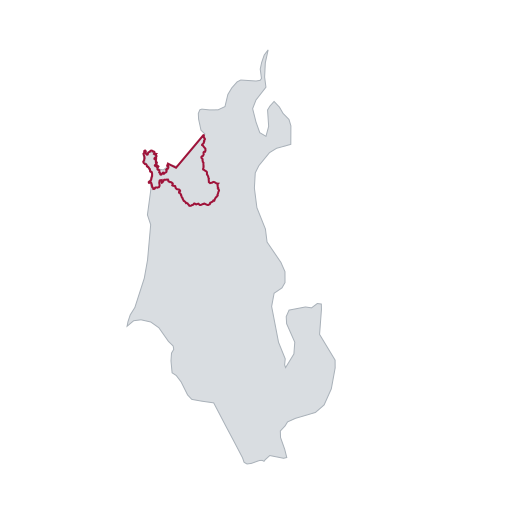 Talamanca, Limón, Costa Rica (highlighted), rotated 220°
{"feature_id": "36466004B17277375937001", "entity_name": "Talamanca", "entity_type": "district", "adm_level": 2, "iso_a3": "CRI", "parent_name": "Costa Rica", "parent_adm1": "Limón", "projection": "natural_earth1", "projection_center": [-83.039, 9.422], "detail": "fine", "context": "in_parent", "style": "outline", "palette": "rose", "viewbox_px": 512, "rotation_deg": 220, "n_neighbors": 0, "source": "geoboundaries", "source_scale": "gbopen_adm2", "svg_char_len": 7627}
<svg xmlns="http://www.w3.org/2000/svg" viewBox="0 0 512 512"><g transform="rotate(220 256 256)"><path d="M408.0,261.7L407.5,263.7L405.9,265.7L403.7,267.8L400.7,269.2L393.4,265.0L386.3,260.1L382.4,262.3L380.9,268.6L378.3,271.9L375.0,273.1L373.7,275.2L373.4,296.5L373.6,316.6L379.0,317.0L388.0,324.0L391.8,328.1L393.0,331.9L391.9,333.7L385.4,338.1L379.0,343.6L375.8,350.5L381.4,361.7L382.6,369.3L382.4,377.2L380.8,381.0L368.4,390.1L365.7,393.3L366.0,395.6L372.9,401.9L376.1,408.0L378.9,415.3L379.2,421.7L373.0,409.9L364.4,398.6L356.9,391.7L356.3,375.5L353.3,366.7L342.1,358.6L332.4,352.9L325.3,354.1L329.6,363.4L341.0,375.3L341.7,379.9L341.5,386.0L333.7,385.1L326.9,382.6L318.5,381.8L312.9,378.1L301.1,363.9L309.5,351.7L312.1,343.8L311.9,327.2L310.0,319.2L300.9,307.0L286.4,293.6L266.1,282.7L256.5,273.8L232.8,267.1L223.7,262.6L216.7,254.3L215.6,248.3L218.2,239.1L211.6,227.4L183.3,204.4L167.5,196.0L164.1,191.0L161.6,189.5L164.0,205.3L170.9,214.9L189.0,223.8L193.9,229.0L195.9,235.8L185.4,248.7L180.1,252.0L178.5,259.0L175.1,261.2L171.5,257.1L156.9,236.8L128.5,227.1L123.4,221.1L112.9,202.6L108.1,185.7L109.9,174.4L121.5,156.9L125.2,149.2L124.5,144.5L124.9,137.6L120.5,132.7L109.8,126.4L102.9,121.4L104.8,118.8L117.2,112.0L118.0,105.9L117.9,103.9L119.9,103.4L121.7,101.8L122.8,100.1L126.2,94.2L129.2,90.9L132.5,90.3L136.7,92.8L152.2,99.2L169.5,106.2L194.0,116.3L204.3,109.9L213.0,104.9L219.1,105.6L232.4,111.4L240.3,113.2L245.2,112.6L253.7,121.0L258.3,127.3L259.0,131.6L261.6,133.8L268.2,134.3L284.3,138.6L294.2,137.8L303.1,133.2L308.1,127.8L309.6,119.3L311.9,123.5L314.5,130.1L315.7,138.7L327.3,167.2L336.5,183.2L356.8,212.3L365.6,217.7L380.4,241.1L385.5,244.9L388.4,251.8L403.8,257.5L408.0,261.7Z" fill="#d9dde1" stroke="#a8b0b8" stroke-width="1"/><path d="M370.5,312.9L370.7,312.7L370.9,312.7L371.9,313.4L372.6,313.3L372.7,313.5L373.1,314.4L373.5,314.9L373.8,314.9L374.0,314.6L374.0,272.2L382.7,270.2L382.5,269.9L382.6,269.5L382.3,269.0L382.3,268.5L382.0,268.5L381.7,268.7L381.4,268.6L381.2,268.3L381.4,268.1L381.4,267.9L380.6,268.0L380.4,267.9L380.1,267.6L379.8,267.0L379.9,266.3L379.7,266.0L380.3,265.3L380.1,264.8L380.2,264.2L379.5,264.1L379.3,264.0L378.7,262.8L378.8,262.1L379.2,261.5L379.4,259.7L379.8,259.7L380.5,260.2L380.8,260.2L380.9,259.8L380.7,259.7L380.7,259.0L381.0,258.2L380.8,257.9L380.8,257.6L381.1,257.2L381.4,257.0L381.8,257.0L382.2,257.3L382.5,257.7L382.8,257.9L383.2,257.9L383.9,257.8L384.0,257.9L384.1,258.4L384.6,259.1L385.2,259.5L385.8,259.5L386.2,259.2L386.6,259.0L387.1,259.1L387.4,259.2L388.3,260.4L388.2,261.6L388.3,261.9L388.8,261.9L389.0,261.8L389.1,261.5L389.1,260.6L389.3,260.4L389.8,260.4L390.2,261.5L390.4,261.7L390.8,261.5L391.0,260.8L391.3,260.2L391.7,260.3L391.8,260.5L391.8,261.0L391.6,261.4L391.3,261.7L391.3,261.9L392.1,262.7L391.9,263.5L392.0,263.8L392.4,263.9L393.0,263.5L393.4,263.9L393.6,264.5L394.2,264.7L394.5,265.0L394.8,266.0L395.3,265.9L395.7,265.2L396.3,265.1L396.6,265.7L396.5,266.3L396.3,266.5L395.7,266.7L395.7,267.0L396.1,267.7L396.2,268.2L396.7,268.3L396.9,268.4L397.0,269.0L397.7,269.1L398.2,269.3L398.2,270.0L398.8,269.6L399.3,268.7L399.8,268.6L400.0,269.5L400.4,270.2L400.7,270.4L401.3,270.4L401.7,270.3L402.1,269.8L402.4,269.7L402.7,269.7L402.8,269.9L403.6,269.8L404.3,269.1L404.5,268.5L404.4,268.1L404.3,267.7L404.9,266.4L404.9,265.7L404.8,265.2L404.2,264.2L404.3,263.9L404.7,263.5L405.9,263.6L406.7,263.9L407.3,264.4L407.5,265.1L407.8,265.4L408.6,265.6L408.8,265.5L409.0,265.1L409.1,264.6L408.9,264.3L408.5,264.0L408.2,263.5L408.0,263.1L408.0,262.1L406.8,261.2L406.2,260.9L405.1,260.2L404.1,259.2L403.9,258.6L403.2,257.5L403.1,256.7L403.1,256.0L402.9,255.7L402.3,255.3L401.9,255.1L401.2,255.2L400.4,255.0L400.1,255.0L399.4,255.6L399.1,255.7L398.5,255.5L397.8,255.2L397.2,254.5L396.7,254.6L396.1,254.6L396.0,255.0L395.7,255.0L395.3,254.8L394.6,254.7L393.8,254.2L393.3,254.4L392.3,253.6L392.0,253.1L391.3,252.7L391.0,252.7L390.8,252.9L390.6,253.0L390.4,253.3L390.2,253.3L389.9,253.3L389.2,252.9L388.3,252.1L387.4,250.9L387.0,250.6L386.4,249.0L385.4,247.2L385.1,246.2L385.1,245.6L385.6,244.8L385.7,244.0L385.7,243.7L385.4,243.4L385.1,243.2L384.8,243.4L384.7,244.0L384.3,244.4L383.5,244.8L383.1,244.6L382.8,244.2L382.0,244.0L381.3,243.3L380.4,242.7L380.1,242.2L379.8,242.1L379.1,242.1L378.2,241.7L377.8,241.4L377.6,241.7L377.2,241.8L377.1,242.2L376.9,242.4L376.9,242.5L377.1,242.5L377.2,243.5L376.9,244.0L376.0,244.8L375.4,245.0L375.0,245.9L374.6,246.3L374.6,246.6L375.0,247.8L376.0,248.9L376.5,249.2L376.7,249.6L377.1,249.8L377.4,250.2L377.6,250.7L378.1,251.3L378.3,251.9L378.1,252.5L377.5,252.8L377.1,253.4L376.9,253.1L376.5,252.8L376.1,252.2L375.7,251.8L375.4,251.9L375.2,251.7L375.0,252.1L375.0,252.7L375.2,253.5L375.2,254.5L375.4,255.0L375.3,255.5L374.3,256.2L373.6,257.1L373.1,257.3L372.7,257.5L372.6,257.9L371.9,257.7L371.1,256.9L370.8,256.9L369.8,257.3L369.3,257.3L368.9,257.8L368.0,258.1L367.6,258.1L367.1,257.9L366.8,258.1L366.4,258.0L366.1,257.8L365.8,257.0L365.6,256.3L365.3,256.3L364.9,256.4L364.4,256.7L364.1,256.8L363.7,257.2L363.5,257.3L363.3,257.3L362.9,257.6L362.6,257.5L362.3,257.1L361.7,256.9L361.4,256.5L360.2,256.3L359.6,256.3L358.5,257.0L358.1,257.0L357.6,257.5L356.9,257.5L356.5,257.2L356.1,257.2L355.9,257.0L356.0,256.4L356.2,255.7L355.8,255.1L355.5,255.0L355.2,255.3L353.6,255.1L353.2,254.8L352.8,254.8L352.5,254.3L351.7,254.1L351.2,253.7L350.6,253.3L349.8,253.1L349.2,253.1L348.9,252.7L348.5,252.4L347.9,252.2L346.7,252.0L346.6,251.8L345.9,252.0L344.4,251.9L343.6,251.5L343.1,252.1L342.7,252.1L342.1,252.3L341.4,252.0L340.8,252.0L340.6,251.9L340.3,252.0L339.6,251.6L339.3,251.6L338.3,252.5L338.0,253.0L337.8,253.9L337.5,254.1L337.2,254.6L337.0,255.3L337.0,255.6L337.2,255.9L337.1,256.5L336.7,256.8L335.0,257.0L334.8,257.3L334.7,257.7L334.2,258.4L333.9,258.9L333.7,259.1L332.3,258.9L331.8,259.0L331.4,259.3L331.0,259.8L330.6,260.5L330.5,260.9L330.3,261.3L330.1,261.7L329.5,262.2L329.5,262.8L329.3,263.0L327.6,263.4L327.0,263.5L326.7,263.7L326.0,263.9L325.4,264.3L325.2,264.8L325.1,265.3L324.7,265.9L324.9,266.8L325.3,267.2L325.3,267.5L325.0,268.0L324.7,268.6L324.6,269.0L324.2,269.8L324.2,270.5L324.4,270.9L324.4,271.2L324.3,271.3L323.5,271.6L324.1,273.2L324.2,273.8L324.4,274.6L324.4,275.1L324.2,275.5L324.2,275.9L324.4,276.2L324.3,276.7L324.2,277.0L324.2,277.6L324.3,277.9L324.9,278.2L325.3,279.6L325.9,280.6L326.1,281.2L326.1,281.4L326.4,282.4L326.9,282.8L327.8,282.9L328.3,283.6L328.5,283.7L328.8,283.6L328.9,284.0L329.4,284.1L329.8,284.3L330.1,284.7L330.4,285.2L330.9,285.4L331.2,285.8L331.6,286.7L331.6,287.0L332.0,286.7L332.3,286.6L332.9,286.2L334.8,286.0L336.0,285.6L336.4,285.1L336.6,284.7L336.8,283.8L337.5,283.1L338.0,282.3L339.1,282.3L339.6,282.3L339.9,282.7L340.3,283.0L340.9,283.7L341.4,284.1L341.8,285.0L342.1,285.1L342.8,285.3L343.3,285.9L345.0,286.8L345.6,286.8L346.2,287.1L346.4,287.3L346.7,287.9L347.5,288.7L348.0,288.8L348.4,288.9L350.1,288.6L350.9,288.6L351.3,288.6L351.8,288.3L352.2,288.5L352.4,288.5L352.8,289.2L353.1,290.1L353.5,290.7L353.8,290.8L354.1,291.4L354.7,291.8L355.1,292.3L355.8,293.1L356.2,293.7L357.3,293.9L357.5,294.1L357.6,294.3L358.1,294.6L358.4,295.0L358.7,295.1L358.9,295.6L359.1,295.8L359.6,296.0L360.6,296.0L361.0,296.2L361.5,296.7L361.5,297.0L361.5,297.7L361.0,298.4L361.0,298.7L361.2,299.4L361.3,300.1L361.7,300.5L362.8,301.6L362.8,302.4L362.7,302.6L362.4,302.7L362.0,303.1L362.4,304.1L362.6,304.5L363.2,305.0L363.6,305.6L364.1,305.8L365.3,305.9L365.7,306.0L366.3,306.1L367.3,306.4L368.5,306.3L368.6,306.6L368.9,306.8L368.7,307.4L368.8,308.6L368.7,309.1L368.8,309.4L369.3,309.9L369.3,310.5L369.9,310.9L369.9,311.4L370.2,312.7L370.5,312.9Z" fill="none" stroke="#9f1239" stroke-width="2"/></g></svg>